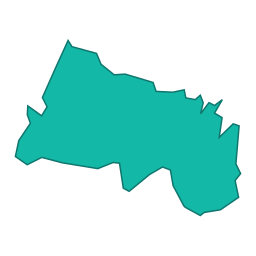 Charles City, Virginia, United States of America
{"feature_id": "52423323B29460047799431", "entity_name": "Charles City", "entity_type": "district", "adm_level": 2, "iso_a3": "USA", "parent_name": "United States of America", "parent_adm1": "Virginia", "projection": "robinson", "projection_center": [-77.041, 37.362], "detail": "fine", "context": "isolated", "style": "filled", "palette": "teal", "viewbox_px": 256, "rotation_deg": 0, "n_neighbors": 0, "source": "geoboundaries", "source_scale": "gbopen_adm2", "svg_char_len": 748}
<svg xmlns="http://www.w3.org/2000/svg" viewBox="0 0 256 256"><path d="M200.3,215.5L204.3,212.4L220.4,209.8L238.6,197.3L235.1,180.5L240.6,173.6L235.9,163.9L239.1,125.9L233.2,123.8L219.2,137.4L222.1,117.6L214.5,113.1L222.3,99.7L214.5,105.5L209.0,102.6L200.6,113.8L203.2,102.7L200.3,95.2L195.3,99.6L185.8,97.9L184.2,89.8L173.0,92.2L156.1,91.4L153.1,82.5L125.1,74.1L114.1,74.8L101.0,64.2L96.5,53.4L72.0,46.7L68.1,40.5L56.6,65.6L42.4,97.5L47.1,106.8L41.6,115.8L27.8,105.9L27.3,114.6L30.4,123.3L18.8,140.5L15.4,156.5L27.2,164.7L41.7,157.4L62.3,162.8L97.8,168.6L113.1,162.5L119.5,163.2L123.3,188.2L129.1,191.3L149.7,174.4L162.5,167.0L170.4,170.0L173.1,185.6L183.8,205.8L185.4,207.4L200.3,215.5Z" fill="#14b8a6" stroke="#0f766e" stroke-width="1.5"/></svg>